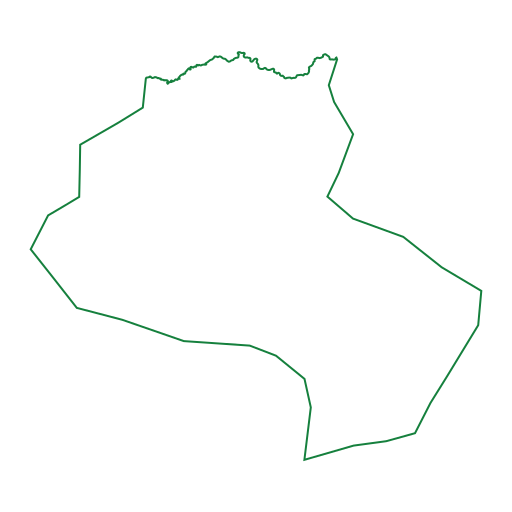 Erdenemandal, Arhangay, Mongolia (Robinson projection)
{"feature_id": "93677404B38518016494864", "entity_name": "Erdenemandal", "entity_type": "district", "adm_level": 2, "iso_a3": "MNG", "parent_name": "Mongolia", "parent_adm1": "Arhangay", "projection": "robinson", "projection_center": [101.387, 48.374], "detail": "fine", "context": "isolated", "style": "outline", "palette": "green", "viewbox_px": 512, "rotation_deg": 0, "n_neighbors": 0, "source": "geoboundaries", "source_scale": "gbopen_adm2", "svg_char_len": 5530}
<svg xmlns="http://www.w3.org/2000/svg" viewBox="0 0 512 512"><path d="M478.2,325.2L481.3,290.9L441.7,267.3L403.3,236.9L353.0,218.6L327.4,196.6L338.7,173.0L353.1,134.2L334.1,102.0L328.8,85.2L337.1,59.4L336.4,57.6L336.0,57.8L335.8,58.0L335.7,58.8L335.3,59.2L334.8,59.4L334.0,59.6L333.1,59.6L332.4,59.4L331.6,59.4L330.7,59.5L329.9,59.3L329.6,58.9L329.6,58.5L329.5,57.9L329.3,57.3L329.0,56.8L328.4,56.2L327.7,55.8L327.2,55.4L326.3,54.8L325.8,54.4L325.2,54.2L324.4,54.4L323.2,55.0L323.0,55.6L323.0,55.9L323.0,56.6L322.7,56.7L322.3,57.1L321.7,57.4L320.9,57.8L320.0,58.0L319.5,58.1L318.3,57.8L317.8,57.8L317.4,57.7L316.9,57.8L316.4,58.3L315.9,58.7L315.5,58.9L315.0,59.0L314.7,59.2L314.6,59.5L314.6,60.1L314.6,60.7L314.6,61.2L314.3,61.4L314.0,61.7L313.6,61.9L313.4,62.2L313.2,62.8L313.1,63.4L312.9,64.1L311.8,65.4L311.1,66.0L309.5,66.8L309.0,67.4L308.9,67.8L309.1,68.4L309.3,68.7L309.2,69.6L309.0,69.9L308.9,70.3L309.1,71.0L308.9,71.8L308.7,72.5L308.2,73.2L307.5,73.9L307.2,74.2L306.3,74.2L305.5,74.0L304.8,74.0L304.3,74.1L304.1,74.4L303.8,75.0L303.3,75.4L302.8,75.3L302.0,75.0L301.1,74.8L298.7,75.1L297.9,75.1L297.4,75.3L297.1,75.3L296.7,75.8L296.4,76.5L295.9,77.4L295.2,77.8L294.4,77.9L293.7,77.8L292.6,78.1L291.9,78.2L291.3,78.4L290.4,77.7L290.0,77.6L289.4,77.6L288.8,77.7L288.0,77.7L287.3,77.9L286.8,77.9L286.4,78.1L286.0,78.3L285.7,78.3L285.2,78.3L284.3,77.8L284.0,76.9L283.2,76.3L283.0,76.0L282.7,75.7L281.4,75.9L281.1,75.8L280.7,75.6L280.1,75.0L279.9,74.4L279.8,73.8L279.5,73.4L278.8,72.9L278.3,72.8L278.0,72.9L277.6,73.2L277.3,73.5L277.1,73.6L276.9,73.6L276.6,73.4L275.8,72.5L275.4,72.4L274.8,72.3L274.3,72.1L274.0,71.8L274.0,71.4L274.0,70.9L274.2,69.9L274.0,69.4L273.7,68.9L273.2,68.7L272.6,68.8L269.9,69.9L269.0,70.0L268.0,69.9L267.2,69.6L266.7,69.3L266.2,68.8L265.8,68.2L265.3,68.0L264.9,67.9L264.3,68.1L263.2,68.9L262.1,69.0L261.2,69.0L260.4,68.8L259.7,68.5L258.7,67.7L258.4,67.1L258.3,66.5L258.4,65.9L258.4,65.1L257.8,63.8L257.4,63.4L256.7,62.5L256.7,62.1L256.7,61.6L257.2,60.3L257.3,59.6L257.0,59.1L256.3,58.7L255.6,58.7L254.9,58.9L254.2,59.3L253.7,59.9L252.7,61.2L252.3,61.5L251.8,61.7L251.1,61.6L250.6,61.2L250.3,60.6L250.3,59.9L250.4,59.5L250.5,58.9L250.3,58.4L250.0,58.1L249.7,57.9L248.5,57.9L247.4,57.4L247.1,57.4L246.2,57.5L245.6,57.5L245.1,57.5L244.6,57.2L243.9,56.7L243.7,55.9L243.8,55.4L244.0,54.8L244.3,54.5L244.6,54.1L244.7,53.8L244.6,53.5L244.5,53.2L244.2,53.0L243.7,52.8L242.5,53.0L241.8,53.0L241.0,52.8L240.5,52.5L240.0,52.3L239.5,52.2L238.9,52.2L238.4,52.3L237.9,52.6L237.7,53.0L237.8,53.5L238.0,53.8L238.5,54.1L238.8,54.5L238.5,55.5L238.4,56.9L238.2,57.2L237.9,57.5L237.3,57.7L235.8,57.9L234.9,58.3L234.4,58.6L233.8,59.0L233.5,59.6L233.1,60.0L231.8,60.3L231.2,60.5L230.0,61.4L229.4,61.6L228.7,61.7L228.2,61.4L227.2,60.8L226.7,60.3L226.1,59.6L225.0,58.8L223.6,58.6L222.9,58.3L222.4,58.0L221.9,57.5L221.3,57.0L220.8,56.7L220.2,56.5L219.8,56.4L219.3,56.5L218.3,57.0L217.8,57.1L217.5,57.1L217.1,56.9L216.8,56.7L216.4,56.6L216.0,56.6L215.0,56.5L214.7,56.5L214.5,56.9L214.0,57.3L213.9,57.7L213.6,58.1L213.4,58.3L212.9,58.6L212.7,58.9L212.3,59.3L211.7,59.6L210.4,60.0L209.6,60.5L209.2,60.9L208.5,61.4L207.6,62.2L205.7,63.3L205.4,63.6L205.4,63.8L205.5,63.9L205.7,64.0L206.1,64.1L206.2,64.4L206.1,64.5L205.8,64.7L205.2,64.7L203.8,64.6L203.2,64.6L202.9,64.7L202.5,64.8L202.0,64.9L201.6,65.1L201.1,65.4L200.7,65.4L200.3,65.4L199.4,65.0L199.1,64.9L198.8,65.0L198.3,65.4L198.0,65.4L197.5,65.0L197.2,64.9L196.9,64.9L196.6,65.1L196.4,65.4L196.4,65.7L196.4,66.0L196.1,66.7L195.9,66.8L195.1,66.6L194.7,66.6L194.4,66.6L194.1,66.8L193.6,67.3L193.4,67.5L193.0,67.5L192.7,67.4L191.5,66.9L191.0,66.9L190.7,67.0L190.3,67.6L190.4,68.0L190.7,69.0L190.5,69.4L190.3,69.5L190.0,69.5L189.6,69.1L189.4,68.9L189.1,68.5L188.8,68.4L188.6,68.5L188.2,68.8L187.8,69.5L187.1,70.1L186.7,70.8L186.3,71.3L185.7,71.6L185.5,72.0L185.2,73.3L185.0,73.5L184.8,73.7L184.0,73.6L183.6,73.6L183.4,73.7L183.3,73.8L183.4,74.4L183.1,74.6L182.9,74.7L181.8,74.7L181.3,74.9L181.0,75.2L180.6,75.5L180.1,75.9L179.6,76.8L179.3,77.1L178.7,77.5L178.7,77.8L178.7,78.0L179.0,78.3L179.5,78.6L179.5,78.8L179.3,78.8L178.5,78.8L178.2,78.9L177.9,79.0L177.8,79.3L177.6,79.7L177.4,79.8L177.0,79.9L176.2,79.5L175.7,79.4L175.3,79.6L174.9,80.0L174.7,80.3L174.5,80.6L173.6,81.1L173.1,81.3L172.8,81.3L172.6,81.2L172.3,80.9L171.9,80.7L171.5,80.5L171.2,80.6L171.0,80.8L170.8,81.1L170.9,81.5L171.1,82.0L170.0,82.1L169.5,82.1L169.2,82.3L168.8,82.6L168.2,83.4L167.9,83.6L167.5,83.7L166.9,84.0L167.3,83.5L167.6,83.4L167.9,83.3L168.0,83.1L167.8,83.0L167.7,82.8L167.6,82.7L168.2,82.5L168.3,82.3L168.3,82.0L168.2,81.9L167.7,81.5L167.6,81.4L167.7,80.8L167.4,80.5L167.0,80.3L166.8,80.2L166.6,80.3L166.4,80.4L166.2,80.4L165.0,80.1L164.8,80.1L164.7,80.3L164.2,80.4L163.9,80.3L163.7,80.1L163.4,79.9L162.9,79.8L161.8,79.7L161.3,79.7L161.0,79.6L160.9,79.5L160.9,79.3L161.0,79.1L160.9,78.8L160.8,78.7L160.5,78.6L160.1,78.8L159.8,78.7L159.2,78.4L158.9,78.1L158.7,78.0L158.4,78.0L158.1,78.1L157.5,78.1L156.6,77.4L156.3,77.3L155.8,77.3L155.4,77.1L155.0,77.1L154.6,77.2L154.1,77.5L153.8,77.7L152.8,77.9L152.4,78.0L152.1,77.9L151.7,77.8L150.6,76.7L150.3,76.6L150.0,76.5L149.8,76.6L149.6,76.8L149.5,77.1L148.7,77.2L148.0,77.4L147.5,77.5L147.0,77.5L146.4,77.7L146.0,78.2L145.8,78.9L142.8,107.6L118.5,122.6L80.2,144.7L79.8,169.6L79.2,196.9L65.4,205.2L48.1,215.4L30.7,249.3L52.2,276.5L76.8,307.9L122.3,319.8L183.8,341.1L249.7,345.6L276.0,355.7L304.5,378.9L310.8,407.4L304.4,459.8L353.6,445.6L386.2,441.2L415.0,433.2L430.5,402.9L447.2,376.1L478.2,325.2Z" fill="none" stroke="#15803d" stroke-width="2"/></svg>